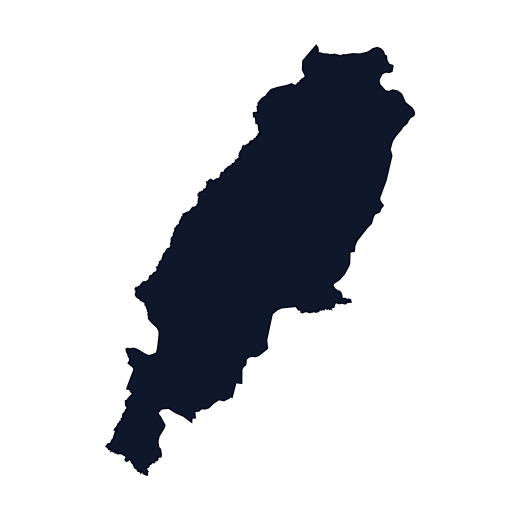 outline of Plaeng Yao, Chachoengsao, Thailand, rotated 80°
{"feature_id": "78962969B34139607112253", "entity_name": "Plaeng Yao", "entity_type": "district", "adm_level": 2, "iso_a3": "THA", "parent_name": "Thailand", "parent_adm1": "Chachoengsao", "projection": "orthographic", "projection_center": [101.361, 13.55], "detail": "fine", "context": "isolated", "style": "filled", "palette": "ink", "viewbox_px": 512, "rotation_deg": 80, "n_neighbors": 0, "source": "geoboundaries", "source_scale": "gbopen_adm2", "svg_char_len": 6092}
<svg xmlns="http://www.w3.org/2000/svg" viewBox="0 0 512 512"><g transform="rotate(80 256 256)"><path d="M105.7,227.2L108.6,227.7L109.0,228.8L114.7,229.2L114.6,233.6L116.6,233.9L118.6,233.9L118.9,232.3L125.3,232.9L126.3,230.9L133.0,231.2L135.6,230.1L135.5,230.8L136.2,230.8L135.7,231.6L136.3,232.5L137.7,232.9L138.6,234.7L139.6,235.2L139.8,234.5L140.2,234.8L140.3,237.4L142.1,237.6L141.7,239.5L142.2,241.9L143.0,242.5L143.9,241.2L144.7,242.2L144.3,243.9L145.6,243.8L146.0,244.4L144.9,245.2L145.4,247.0L146.3,248.0L146.1,248.9L145.2,249.0L146.0,250.3L147.1,250.2L147.9,251.1L148.8,251.1L149.9,252.8L152.5,254.6L153.9,254.2L154.3,255.2L155.0,254.7L155.8,255.5L157.1,254.8L157.2,257.3L158.9,258.4L158.1,258.9L158.1,259.5L159.2,259.5L160.9,261.3L161.0,263.2L163.4,263.9L162.6,264.8L163.6,264.9L164.3,265.8L163.9,266.7L163.1,266.7L163.8,268.6L164.9,269.2L164.8,269.9L166.3,272.1L168.1,272.3L167.8,275.5L170.5,277.0L171.3,276.8L173.5,279.1L173.3,281.5L174.0,283.2L175.1,284.2L172.7,287.4L173.7,289.6L174.8,290.4L174.6,291.6L175.8,291.6L175.6,291.0L176.1,290.8L179.3,292.8L180.4,292.2L180.9,293.8L181.7,294.2L181.3,295.7L183.2,296.3L183.0,298.4L183.9,299.1L183.5,300.2L185.0,302.1L186.6,302.5L186.7,301.4L187.6,301.2L189.2,302.5L195.1,304.0L195.3,305.0L196.6,305.6L197.4,307.9L197.2,309.9L200.9,313.9L201.2,317.2L202.3,317.3L202.0,317.9L202.6,318.4L201.8,319.1L202.3,319.8L202.0,320.4L203.0,320.8L204.5,320.5L205.0,321.5L204.7,322.2L205.8,322.8L206.8,322.5L207.4,324.2L209.1,324.5L209.3,325.4L211.0,325.3L213.0,329.1L214.4,329.7L214.8,331.1L217.2,331.5L219.9,333.5L221.2,333.1L223.9,336.3L227.9,337.0L229.3,338.1L231.5,337.6L232.5,339.0L233.4,339.3L233.7,342.1L235.8,344.0L236.7,344.2L237.7,346.4L243.9,349.5L245.1,352.0L246.1,351.9L247.8,353.3L248.6,352.6L249.9,355.8L250.7,355.3L253.8,356.2L254.6,357.6L254.7,359.3L257.1,362.0L257.3,364.1L261.2,365.6L261.2,366.7L262.6,368.5L262.0,370.3L262.1,371.9L264.3,374.4L265.2,374.3L265.8,377.3L267.3,378.4L267.1,379.3L266.3,379.6L267.2,380.6L268.4,380.6L269.5,379.8L273.2,381.5L275.4,380.7L277.3,378.8L277.6,377.6L279.0,377.8L282.5,373.3L285.4,373.6L286.2,372.6L288.6,372.6L290.3,371.7L291.3,372.4L293.1,371.4L294.4,372.5L296.4,372.1L298.9,372.7L303.5,370.0L309.5,365.5L313.4,364.4L317.1,365.0L329.5,368.7L333.1,370.2L334.6,371.5L335.7,377.8L335.3,379.6L333.5,382.4L327.9,388.7L325.7,392.4L325.7,396.4L324.7,398.6L325.1,400.0L328.4,400.0L329.2,399.3L332.5,399.1L335.0,398.1L337.5,398.7L339.4,400.4L344.2,396.2L346.5,395.7L364.1,406.2L364.8,405.9L365.0,403.8L368.3,402.7L370.4,401.0L372.1,404.0L375.9,408.4L376.0,409.6L380.6,410.3L381.5,409.3L382.6,409.3L385.0,410.0L385.0,411.1L387.9,412.5L387.5,413.0L388.2,414.2L390.7,415.2L392.1,415.0L392.9,417.0L395.0,416.5L395.2,418.8L396.5,419.2L397.5,421.2L399.6,421.9L399.6,422.7L401.6,423.1L400.9,423.9L402.0,425.3L402.8,425.6L402.5,424.4L403.9,423.6L403.9,424.3L404.5,424.1L404.8,425.0L411.5,428.5L412.3,429.8L415.6,432.0L415.4,434.5L417.6,436.7L419.1,435.0L420.5,434.8L420.3,434.0L420.6,433.6L421.2,433.8L421.4,432.4L422.2,432.1L423.0,432.6L422.7,431.4L423.9,430.7L424.4,429.0L423.9,428.4L425.4,428.7L425.1,427.9L426.8,426.6L426.8,423.6L427.6,422.9L427.7,421.1L428.9,421.2L429.2,419.8L432.0,418.7L434.0,420.3L435.6,419.3L435.5,418.0L434.5,416.4L434.6,414.8L436.1,414.7L436.5,414.0L437.7,414.4L439.5,413.0L443.1,412.3L444.2,411.6L443.7,410.5L447.2,409.8L448.1,407.6L449.2,407.4L448.3,406.8L449.4,406.6L449.1,404.9L449.8,404.4L450.7,404.7L452.9,401.6L452.7,401.0L450.4,400.6L449.5,399.9L447.2,401.1L445.1,400.4L445.4,399.2L444.6,398.0L443.0,397.6L442.4,395.2L441.2,394.3L441.8,392.1L439.9,390.7L440.2,389.0L439.4,388.3L439.1,389.1L438.1,388.7L438.0,387.9L437.3,387.8L437.5,387.0L436.7,386.5L437.3,384.6L435.2,383.8L429.7,383.7L427.4,385.2L421.4,384.9L416.7,382.9L409.5,376.6L406.7,375.2L397.6,378.2L395.1,379.7L392.2,379.7L392.3,378.0L391.2,377.8L390.1,374.9L390.7,368.3L396.1,362.6L401.2,355.0L408.4,348.3L404.2,347.3L404.9,344.0L398.3,343.4L398.7,339.0L397.1,337.1L397.0,334.9L397.7,332.9L397.2,329.0L393.5,323.5L390.9,317.5L392.8,312.7L391.3,307.4L390.0,305.3L390.9,304.1L379.0,298.7L377.0,298.4L378.8,292.3L365.1,289.7L363.0,288.1L361.3,285.1L355.9,283.6L354.0,280.2L354.0,277.4L354.9,273.9L354.4,270.8L349.0,260.8L340.8,260.3L316.1,250.3L315.0,248.7L312.4,244.1L311.4,239.7L312.5,225.3L316.5,223.4L316.7,221.8L318.5,220.7L319.0,221.3L319.5,219.7L319.9,219.8L319.1,216.8L321.1,212.5L321.0,211.7L320.4,211.4L321.0,210.1L320.5,209.0L321.8,206.5L320.5,204.8L321.4,204.8L321.6,204.1L319.6,202.7L319.6,201.8L320.5,201.5L320.6,200.7L319.4,200.3L320.7,198.2L319.0,197.1L319.8,195.2L320.6,195.3L320.5,193.1L321.2,192.6L320.5,192.0L321.1,191.4L320.3,191.6L320.2,190.7L319.4,190.4L320.0,190.0L319.9,188.2L316.0,186.4L316.0,183.6L316.9,183.3L317.4,181.4L317.3,180.8L316.9,181.4L316.5,181.1L318.6,176.4L317.5,174.1L317.8,170.4L315.4,170.7L314.6,172.4L315.4,173.4L313.2,175.6L313.5,177.0L311.9,178.9L310.4,178.4L307.2,178.7L307.0,179.8L305.4,179.6L304.6,182.0L303.4,182.5L302.9,183.6L299.5,185.2L297.9,185.4L296.4,184.2L293.7,178.1L289.0,172.1L281.2,166.0L279.0,165.1L268.8,163.0L268.3,161.8L268.3,158.4L263.3,157.1L258.6,154.2L247.2,141.5L243.9,136.8L238.0,133.9L235.2,131.8L234.0,126.6L231.0,124.9L228.4,122.0L223.5,124.3L220.6,124.5L203.9,114.8L180.8,104.9L174.3,105.5L168.4,102.8L166.2,101.6L162.0,97.7L156.7,91.3L154.2,89.1L151.5,84.4L148.9,82.6L146.4,79.8L145.1,76.5L143.7,75.3L141.4,75.3L137.6,76.5L130.9,82.4L121.9,84.6L118.3,87.9L116.3,92.7L117.2,96.3L116.0,99.9L108.0,104.7L103.7,104.3L98.5,100.4L97.5,97.5L97.5,94.8L98.3,93.5L97.8,90.1L92.8,88.2L92.0,88.5L90.8,91.2L89.8,92.0L85.8,93.3L81.7,92.9L80.6,94.6L77.0,95.0L73.9,97.0L71.8,100.3L72.3,105.2L73.7,107.6L74.9,111.4L75.3,118.5L73.7,125.7L73.6,133.0L73.0,135.2L73.7,137.7L71.1,143.6L70.8,149.0L69.8,149.9L68.8,154.5L67.2,157.6L66.7,160.0L64.5,159.1L61.9,159.0L59.1,160.2L72.0,175.9L80.7,177.8L87.7,175.9L89.2,178.0L89.7,179.8L91.1,179.6L90.5,180.9L91.4,182.3L93.1,182.5L92.9,184.7L94.7,186.4L94.9,188.3L92.6,191.2L93.5,195.3L93.9,205.8L94.8,212.3L98.4,216.9L100.0,217.9L101.9,222.7L105.7,227.2Z" fill="#0f172a" stroke="#020617" stroke-width="1.5"/></g></svg>